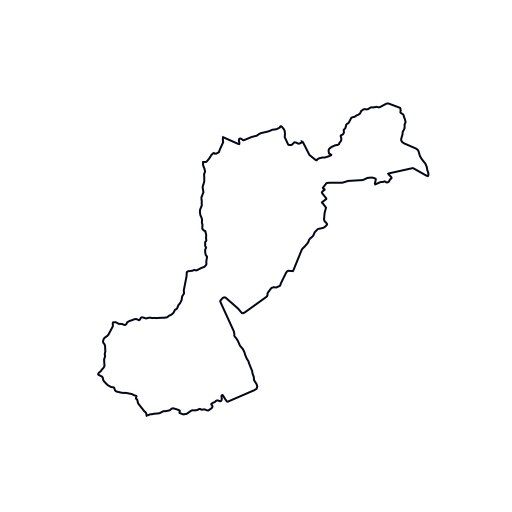 the border of Midlands, rotated 246°
{"feature_id": "ZWE-527", "entity_name": "Midlands", "entity_type": "Province", "adm_level": 1, "iso_a3": "ZWE", "parent_name": "Zimbabwe", "parent_adm1": "", "projection": "robinson", "projection_center": [29.518, -19.087], "detail": "fine", "context": "isolated", "style": "outline", "palette": "ink", "viewbox_px": 512, "rotation_deg": 246, "n_neighbors": 0, "source": "natural_earth", "source_scale": "10m", "svg_char_len": 6108}
<svg xmlns="http://www.w3.org/2000/svg" viewBox="0 0 512 512"><g transform="rotate(246 256 256)"><path d="M335.6,233.9L340.2,235.1L341.6,235.9L343.0,237.3L345.1,239.0L348.8,240.7L351.8,241.8L353.6,243.6L354.1,243.9L356.8,244.4L359.1,244.5L360.9,244.7L363.4,245.9L362.4,248.0L362.3,249.0L362.6,249.9L364.3,253.3L366.4,256.3L367.2,258.5L367.2,259.5L366.2,260.0L365.7,261.4L365.7,262.1L365.9,263.1L365.8,263.9L366.0,264.4L368.0,266.3L373.3,272.3L375.8,273.0L377.9,274.3L366.0,285.0L365.1,286.2L366.0,286.8L368.6,287.4L369.3,287.8L369.8,288.4L369.8,289.1L369.4,289.9L366.9,291.5L366.7,292.3L366.5,300.4L365.6,305.6L366.2,308.6L366.2,310.6L364.7,318.6L364.7,322.3L363.7,325.4L363.5,327.2L363.7,330.0L364.4,330.8L364.5,331.2L364.4,331.6L363.1,332.3L360.6,333.0L359.5,333.1L358.4,333.0L355.9,332.2L352.9,330.6L344.8,330.7L344.0,331.3L343.1,333.3L343.0,333.7L343.3,334.7L343.6,335.3L343.7,336.0L344.2,337.1L344.1,337.6L343.4,338.7L341.4,340.3L341.2,340.8L341.0,342.2L341.2,342.9L340.9,344.3L341.9,344.5L341.5,344.9L340.4,345.2L326.6,345.9L319.7,349.4L319.0,349.9L318.8,350.4L319.3,351.1L319.6,353.2L319.0,356.7L318.0,358.8L317.5,362.8L317.5,365.6L317.8,365.9L318.3,365.6L319.8,364.5L321.2,364.7L322.6,365.1L323.7,365.9L324.2,366.6L324.9,369.4L324.9,373.4L324.3,375.8L324.3,376.8L324.5,377.4L325.2,378.0L326.4,380.1L327.3,381.1L329.1,381.9L330.7,382.0L331.5,382.4L331.7,382.8L331.7,384.4L332.0,385.3L332.6,386.1L333.3,386.7L334.8,387.1L335.5,387.5L336.6,389.8L339.2,391.8L339.6,392.7L340.0,394.9L343.5,399.3L343.5,400.6L343.1,402.5L343.1,403.2L343.5,404.8L343.5,407.7L344.0,409.2L345.6,410.9L346.2,413.6L346.1,414.7L344.9,416.8L344.6,418.0L345.0,420.6L344.9,421.8L344.0,423.7L343.3,426.6L342.0,428.4L341.6,429.5L342.1,436.7L341.9,438.2L341.2,439.3L332.8,447.8L332.0,447.9L330.2,447.4L328.6,446.4L327.9,446.4L325.7,447.9L324.7,448.1L322.4,447.7L320.8,447.7L317.8,447.2L317.0,446.7L315.7,445.2L313.3,444.2L312.2,443.6L311.4,442.7L309.7,440.5L307.5,439.3L304.1,436.4L302.9,435.8L301.9,435.7L300.9,435.8L299.0,436.8L289.0,445.9L287.2,446.9L285.6,447.1L281.3,446.5L279.9,446.5L277.3,446.8L271.3,448.3L267.8,448.2L264.7,447.4L261.9,447.2L260.3,446.6L259.4,446.1L259.1,445.4L260.2,444.3L272.3,435.3L272.6,434.7L277.4,411.0L277.4,410.3L276.8,410.3L273.2,411.6L272.5,411.7L272.0,411.4L271.3,409.5L269.8,407.4L269.7,406.8L269.8,406.0L270.2,405.0L271.4,404.3L271.9,403.7L271.9,402.5L272.7,400.4L272.9,399.3L272.9,394.1L273.4,394.0L274.1,394.2L276.9,396.4L277.7,396.7L279.1,395.7L280.5,393.8L281.1,392.3L282.0,389.5L281.9,385.5L282.1,384.0L287.1,370.7L287.8,364.8L293.5,351.8L293.8,350.7L293.8,349.8L291.1,344.9L290.4,344.8L289.2,345.7L288.6,345.6L288.0,343.1L287.4,342.1L286.2,342.0L280.2,343.6L279.5,343.4L278.2,338.1L277.3,338.1L276.0,338.7L271.7,339.6L267.3,336.1L261.7,333.0L259.6,332.8L258.2,333.5L256.7,333.9L255.8,333.7L254.9,331.8L254.4,329.8L254.4,328.6L255.4,323.8L255.3,323.0L253.8,319.3L251.5,316.8L250.8,315.5L250.0,312.6L249.3,311.3L247.4,309.3L246.7,308.3L244.7,304.0L243.8,301.4L242.6,299.8L227.6,284.2L227.2,283.5L229.0,280.2L229.3,279.5L229.3,278.3L229.0,277.6L228.5,276.7L220.8,267.5L219.8,266.7L219.0,265.6L219.0,261.6L220.3,259.5L220.5,257.3L220.2,256.4L217.7,252.0L217.1,251.3L215.5,250.5L214.8,249.8L214.4,248.7L209.0,222.7L209.0,220.9L209.6,220.0L210.5,219.6L215.1,218.3L230.1,211.4L230.9,210.7L231.2,209.7L231.2,208.8L230.8,207.6L229.7,205.3L229.1,204.9L228.3,204.8L196.3,205.1L193.5,204.5L192.2,203.8L191.1,203.8L188.8,204.5L185.9,204.9L180.4,204.9L176.5,206.1L173.0,206.3L170.2,205.9L165.8,205.8L162.8,206.3L161.1,206.0L152.6,205.7L149.9,205.0L146.4,204.8L143.5,203.7L138.5,204.4L137.4,204.3L136.2,204.0L134.5,202.6L134.1,199.8L134.4,171.0L134.7,170.5L135.1,170.2L137.5,169.7L142.1,169.1L142.5,168.9L142.7,168.6L142.5,167.8L142.1,167.5L139.1,166.5L138.2,165.8L137.9,165.2L137.8,164.6L137.9,164.1L139.5,162.5L139.9,161.6L139.9,160.5L139.4,159.1L139.3,156.0L139.1,155.2L138.8,154.9L138.3,154.8L137.0,155.2L136.4,155.1L135.6,154.5L135.0,153.4L134.4,150.4L134.3,149.5L134.9,148.5L136.8,146.6L137.2,145.6L137.6,144.0L138.2,143.3L138.9,142.8L139.2,142.4L139.3,141.7L139.2,139.5L139.8,137.5L140.9,135.2L141.0,134.5L141.0,133.7L140.0,128.3L140.9,125.1L143.2,122.8L143.9,122.4L144.7,122.7L145.3,123.3L145.7,123.4L146.1,123.3L148.3,121.1L150.7,118.2L150.8,116.8L150.2,114.6L150.2,113.9L151.1,110.0L151.9,108.3L151.6,104.0L152.8,100.1L153.4,98.9L153.5,97.6L154.4,94.8L154.6,91.2L157.4,91.7L158.5,91.4L159.6,90.8L168.2,88.6L169.6,88.4L172.8,89.0L173.4,88.9L174.4,88.4L174.8,88.4L176.4,89.7L176.8,89.7L177.2,89.5L178.3,88.0L180.3,86.5L183.6,81.9L185.4,78.1L188.7,73.7L189.6,72.9L190.8,72.6L193.4,72.8L194.1,72.2L195.4,70.2L198.5,67.9L203.2,66.2L204.8,66.0L207.2,66.5L208.4,66.3L211.5,63.8L211.9,63.7L212.3,63.8L213.2,64.9L213.9,67.3L215.1,69.3L215.6,70.7L216.6,72.3L217.3,72.9L223.2,75.1L225.7,77.3L228.1,78.0L230.0,79.5L235.4,81.6L236.8,81.7L239.1,81.2L239.7,81.3L240.8,81.9L242.3,83.3L242.9,84.6L243.5,87.7L244.1,89.1L249.8,96.4L251.2,97.2L252.7,97.7L253.3,98.2L253.5,98.6L252.7,100.7L252.1,101.3L249.9,103.0L248.3,106.1L246.9,107.3L246.4,108.1L246.2,108.6L246.5,109.8L247.8,111.4L248.1,114.1L247.8,116.6L247.7,119.0L247.5,120.1L246.8,121.4L245.0,122.9L245.1,124.1L246.3,125.6L246.5,126.3L245.9,127.7L243.7,130.1L243.0,133.7L241.4,136.2L240.9,137.7L239.9,139.5L237.6,145.6L236.9,146.9L236.6,148.5L236.2,149.3L236.2,150.0L236.8,152.4L236.8,154.7L237.5,157.1L238.2,158.2L239.8,160.1L239.9,161.8L240.3,162.7L242.6,165.0L243.8,167.5L246.0,170.1L249.1,172.1L251.0,174.9L251.7,175.3L253.9,176.0L265.7,184.3L268.9,185.9L269.4,186.4L269.6,187.0L269.6,188.1L268.4,191.9L268.4,193.9L267.4,195.1L267.0,196.0L267.3,201.1L267.1,204.2L267.6,205.7L268.2,206.9L268.8,207.4L271.3,208.4L274.6,210.6L275.4,211.0L277.2,210.5L279.8,211.0L281.2,211.5L282.3,212.1L284.0,213.8L286.1,213.7L287.9,214.6L288.7,214.8L289.4,215.3L290.1,216.6L290.5,217.0L292.3,217.5L295.6,219.1L299.3,219.8L300.7,218.6L302.7,218.1L303.4,218.3L306.3,219.8L308.5,220.1L311.0,221.5L313.2,221.8L315.9,221.8L318.9,222.6L321.1,223.8L324.3,227.1L326.2,227.8L328.2,228.8L330.1,229.3L331.9,230.1L335.6,233.9Z" fill="none" stroke="#020617" stroke-width="2"/></g></svg>